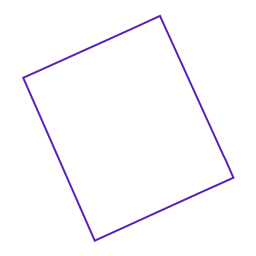 the district of Kiowa, Kansas, United States of America, rotated 246°
{"feature_id": "52423323B18660860300625", "entity_name": "Kiowa", "entity_type": "district", "adm_level": 2, "iso_a3": "USA", "parent_name": "United States of America", "parent_adm1": "Kansas", "projection": "equal_earth", "projection_center": [-99.379, 37.558], "detail": "fine", "context": "isolated", "style": "outline", "palette": "violet", "viewbox_px": 256, "rotation_deg": 246, "n_neighbors": 0, "source": "geoboundaries", "source_scale": "gbopen_adm2", "svg_char_len": 276}
<svg xmlns="http://www.w3.org/2000/svg" viewBox="0 0 256 256"><g transform="rotate(246 128 128)"><path d="M38.6,51.8L39.6,166.8L39.7,204.1L43.8,204.1L61.1,204.2L62.5,204.0L217.4,202.8L217.0,165.6L216.5,52.7L38.6,51.8Z" fill="none" stroke="#5b21b6" stroke-width="2"/></g></svg>